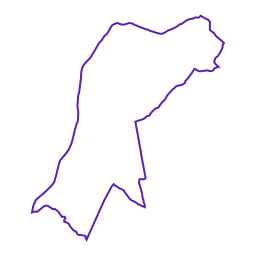 Pão de Açúcar, Alagoas, Brazil, rotated 89°
{"feature_id": "56859067B78615369574980", "entity_name": "Pão de Açúcar", "entity_type": "district", "adm_level": 2, "iso_a3": "BRA", "parent_name": "Brazil", "parent_adm1": "Alagoas", "projection": "robinson", "projection_center": [-37.484, -9.662], "detail": "fine", "context": "isolated", "style": "outline", "palette": "violet", "viewbox_px": 256, "rotation_deg": 89, "n_neighbors": 0, "source": "geoboundaries", "source_scale": "gbopen_adm2", "svg_char_len": 2525}
<svg xmlns="http://www.w3.org/2000/svg" viewBox="0 0 256 256"><g transform="rotate(89 128 128)"><path d="M239.0,171.4L237.1,170.5L199.8,153.0L196.1,150.9L186.0,145.2L183.9,143.3L185.2,142.0L186.1,140.6L186.9,139.2L188.3,137.3L189.1,135.4L190.0,133.7L192.5,132.1L194.4,130.7L199.3,127.2L200.8,125.2L201.4,123.4L204.8,118.3L207.4,112.6L204.2,112.8L202.5,113.7L200.4,113.8L197.8,114.7L194.0,115.0L186.6,116.9L182.6,118.0L179.3,117.2L179.6,113.1L178.4,111.3L154.5,115.3L152.1,115.6L121.8,120.5L121.4,118.9L120.6,116.9L119.4,112.5L118.1,110.7L116.7,109.2L116.0,106.4L113.9,105.2L112.5,103.9L109.9,101.5L109.0,100.1L108.3,97.9L107.3,96.6L105.7,95.7L102.7,93.3L100.8,91.0L99.0,89.7L96.5,88.4L94.9,87.2L92.8,85.1L91.4,83.9L90.3,82.8L89.3,81.3L87.0,79.0L86.4,76.6L86.0,73.9L84.2,70.5L82.0,69.8L80.7,68.4L79.4,67.3L74.2,63.2L72.1,62.0L69.9,60.4L71.6,57.7L72.5,55.6L72.5,53.8L72.1,51.6L72.1,49.7L71.7,47.7L72.5,45.4L72.5,43.2L71.7,41.8L69.9,40.4L69.1,38.7L68.5,36.4L66.9,38.1L65.0,39.9L63.6,40.7L61.2,40.0L59.3,39.1L57.4,36.6L54.8,35.0L52.4,33.5L48.8,32.0L46.4,31.8L44.8,30.5L42.5,32.8L37.8,38.3L34.7,40.3L32.8,42.8L31.4,44.3L26.7,44.4L23.1,44.2L21.1,46.1L19.5,49.5L17.0,53.3L18.8,55.3L18.7,57.4L18.8,59.2L19.8,61.3L20.1,64.1L20.9,66.6L21.9,68.2L23.3,70.3L24.9,72.5L25.2,74.6L26.5,75.9L27.9,78.2L28.8,80.1L29.6,81.7L30.4,84.1L31.3,86.4L32.5,88.4L33.8,90.6L34.4,92.5L34.2,94.8L33.5,97.3L32.6,100.0L31.8,102.2L31.3,104.2L30.1,106.2L29.5,108.5L28.8,110.1L28.3,111.8L27.5,113.5L26.9,115.2L25.9,117.2L25.0,119.6L23.7,121.8L23.0,124.9L23.6,126.7L24.1,128.4L24.6,130.7L24.4,133.0L23.4,135.4L22.8,137.1L24.2,140.6L25.2,142.3L30.3,145.4L33.4,147.2L35.6,150.0L40.4,153.2L42.4,155.4L51.3,160.7L52.8,161.7L56.6,164.0L62.9,170.1L64.9,171.7L68.2,173.1L71.1,173.7L77.7,174.2L90.7,176.1L93.3,176.8L95.4,177.3L105.2,178.2L111.4,177.4L119.0,177.9L121.1,178.3L122.7,179.3L128.6,181.0L131.1,181.7L139.3,183.8L142.7,184.9L148.0,187.3L152.8,190.7L158.0,195.4L159.4,196.5L163.1,197.8L171.2,199.9L172.9,200.3L176.4,201.4L179.1,202.2L180.7,202.7L184.0,205.1L188.9,210.2L191.6,213.2L198.0,221.1L202.7,223.5L204.4,224.1L210.8,225.5L209.9,222.7L210.1,220.1L205.1,213.8L204.1,211.7L204.5,209.4L206.3,206.7L207.9,204.7L207.6,202.7L208.8,201.2L210.1,199.4L212.1,198.2L213.6,196.9L215.7,195.6L215.6,192.9L217.3,192.1L218.8,193.4L220.7,193.3L221.7,190.3L223.1,188.6L225.4,187.6L226.9,186.3L229.0,184.7L230.1,182.9L231.2,181.3L232.7,180.7L234.0,179.5L234.2,177.2L234.7,174.2L235.4,172.3L237.1,172.3L239.0,171.4Z" fill="none" stroke="#5b21b6" stroke-width="2"/></g></svg>